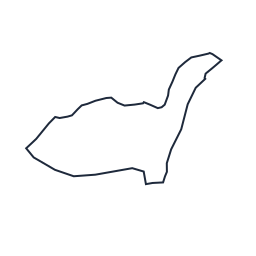 Gazi Baba, Natural Earth projection, rotated 260°
{"feature_id": "MKD-2929", "entity_name": "Gazi Baba", "entity_type": "Municipality", "adm_level": 1, "iso_a3": "MKD", "parent_name": "North Macedonia", "parent_adm1": "", "projection": "natural_earth1", "projection_center": [21.524, 42.006], "detail": "fine", "context": "isolated", "style": "outline", "palette": "slate", "viewbox_px": 256, "rotation_deg": 260, "n_neighbors": 0, "source": "natural_earth", "source_scale": "10m", "svg_char_len": 843}
<svg xmlns="http://www.w3.org/2000/svg" viewBox="0 0 256 256"><g transform="rotate(260 128 128)"><path d="M69.6,137.6L69.6,135.9L82.4,135.9L87.7,125.2L87.7,110.5L87.7,99.7L87.7,87.7L89.9,66.2L99.5,48.8L115.4,30.0L125.7,24.2L133.2,35.7L146.3,50.9L151.5,58.2L149.7,62.4L149.7,70.4L150.2,75.0L155.2,81.7L158.3,86.3L158.8,92.2L160.5,100.7L161.3,111.9L160.8,116.8L154.7,122.1L150.7,128.5L149.9,138.7L149.7,147.1L150.7,148.1L147.1,153.8L142.4,160.8L142.6,164.7L144.6,168.2L153.0,173.1L158.8,174.9L165.9,179.8L172.6,184.0L178.4,188.2L182.9,195.6L186.5,202.6L186.8,211.1L187.3,220.2L187.7,221.5L186.1,224.0L179.1,231.1L178.4,231.8L172.8,222.3L168.1,213.9L163.9,212.1L163.0,212.6L155.9,201.7L141.0,190.9L117.5,180.2L99.5,166.8L86.6,160.1L78.1,158.7L73.9,156.0L68.3,153.1L69.6,142.7L69.6,137.6Z" fill="none" stroke="#1e293b" stroke-width="2"/></g></svg>